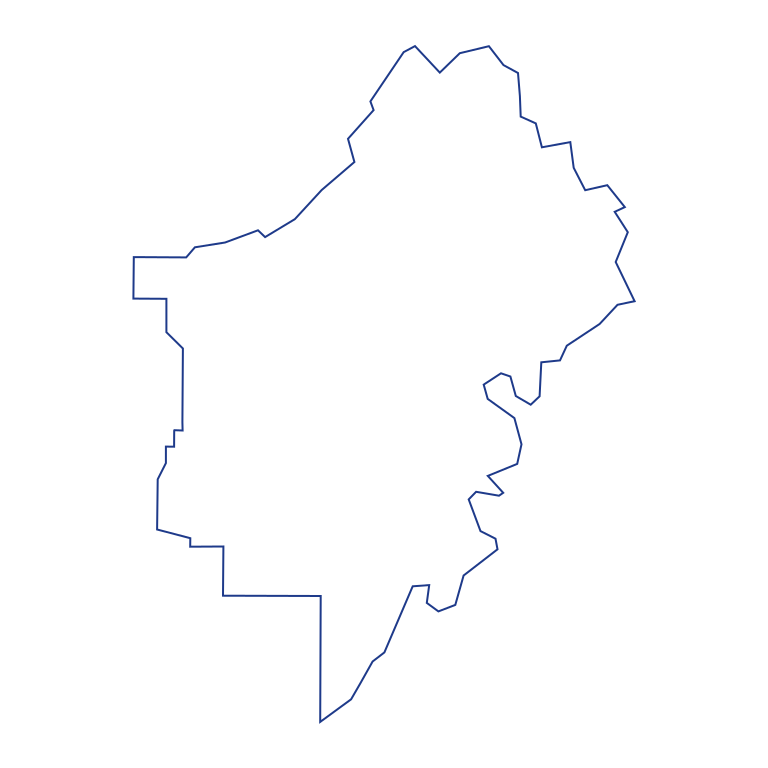 St. Clair, Alabama, United States of America
{"feature_id": "52423323B90675614750768", "entity_name": "St. Clair", "entity_type": "district", "adm_level": 2, "iso_a3": "USA", "parent_name": "United States of America", "parent_adm1": "Alabama", "projection": "orthographic", "projection_center": [-86.295, 33.69], "detail": "fine", "context": "isolated", "style": "outline", "palette": "blue", "viewbox_px": 768, "rotation_deg": 0, "n_neighbors": 0, "source": "geoboundaries", "source_scale": "gbopen_adm2", "svg_char_len": 1139}
<svg xmlns="http://www.w3.org/2000/svg" viewBox="0 0 768 768"><path d="M133.4,298.6L166.4,298.8L166.4,332.2L182.9,348.5L182.4,422.2L182.6,430.5L174.4,430.2L174.2,430.7L174.1,446.7L165.9,446.6L165.9,463.1L157.7,479.3L157.1,529.5L190.3,538.2L190.2,546.7L223.4,546.5L223.0,595.7L320.7,596.0L320.2,721.9L351.1,699.3L360.3,683.4L372.6,661.5L384.4,652.4L412.7,586.3L429.2,585.1L426.8,602.9L438.4,611.4L455.3,604.9L463.6,575.5L497.5,549.3L495.5,538.7L480.5,531.1L468.7,499.4L476.1,491.8L499.0,495.7L503.2,492.8L487.8,475.9L517.2,463.9L521.5,444.3L514.4,418.1L487.7,398.9L483.7,384.6L501.0,373.3L510.4,376.5L515.8,396.0L530.7,404.7L539.6,396.3L541.3,362.3L560.0,360.4L566.8,345.7L599.6,324.0L617.5,304.8L634.6,301.2L615.7,262.0L627.8,232.2L614.7,211.8L624.8,207.1L607.3,185.2L585.2,190.2L573.7,167.8L570.3,142.1L541.9,147.3L535.8,123.4L520.7,116.6L519.9,96.2L518.0,73.0L503.5,65.1L488.9,46.2L459.8,53.2L439.8,72.6L415.0,46.1L403.7,52.1L370.4,101.4L373.6,110.1L348.0,138.8L354.4,162.0L321.7,190.0L294.9,219.1L265.1,237.1L258.0,230.3L225.1,242.5L194.9,247.3L186.2,257.4L133.8,257.1L133.4,298.6Z" fill="none" stroke="#1e3a8a" stroke-width="2"/></svg>